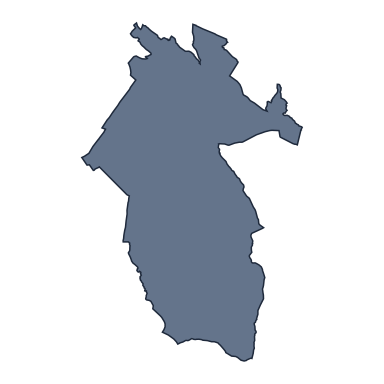 outline of Cosula, Botosani, Romania
{"feature_id": "2599482B64226184925060", "entity_name": "Cosula", "entity_type": "district", "adm_level": 2, "iso_a3": "ROU", "parent_name": "Romania", "parent_adm1": "Botosani", "projection": "equal_earth", "projection_center": [26.776, 47.6], "detail": "fine", "context": "isolated", "style": "filled", "palette": "slate", "viewbox_px": 384, "rotation_deg": 0, "n_neighbors": 0, "source": "geoboundaries", "source_scale": "gbopen_adm2", "svg_char_len": 5939}
<svg xmlns="http://www.w3.org/2000/svg" viewBox="0 0 384 384"><path d="M263.6,227.7L259.9,225.0L258.8,223.7L258.4,219.5L257.5,218.2L255.7,211.4L255.1,209.8L253.2,206.8L249.3,198.3L246.6,196.1L243.0,190.6L243.3,188.8L244.0,187.0L243.6,185.0L241.4,182.7L240.2,180.8L239.7,179.3L239.1,178.5L237.2,177.3L236.7,176.4L234.8,173.7L233.8,171.5L233.3,171.3L233.0,170.9L232.4,170.8L231.7,170.2L231.3,169.3L229.5,167.0L229.0,166.7L226.9,163.8L226.0,161.5L222.3,157.8L220.9,156.1L219.6,153.7L220.0,153.4L219.8,152.8L219.3,152.6L219.2,151.2L219.5,150.1L219.5,149.3L218.3,147.7L218.5,145.5L218.8,144.8L218.5,144.0L219.2,143.7L224.7,144.0L227.9,145.1L229.0,145.2L234.7,143.1L239.4,142.2L242.0,142.2L242.9,141.9L256.6,134.7L265.1,131.7L270.0,130.5L272.0,130.3L279.0,130.6L280.0,136.6L280.4,137.2L292.9,143.6L294.6,144.2L295.9,144.3L297.3,144.9L300.8,130.5L301.1,130.2L300.9,130.1L302.2,127.3L301.4,126.7L298.9,125.9L298.4,124.9L296.9,124.2L296.4,123.6L295.4,123.2L294.6,121.2L292.5,119.4L291.8,118.1L290.0,117.4L289.6,116.5L289.3,116.3L287.2,115.3L284.8,115.5L283.7,115.0L283.0,114.2L283.0,113.7L283.5,113.2L284.4,113.0L285.2,113.1L286.1,111.4L287.1,110.3L286.4,109.6L286.0,108.6L286.3,106.6L286.7,105.8L285.9,105.0L286.3,103.8L286.6,103.3L287.1,103.1L286.1,101.6L284.4,99.7L281.1,98.0L280.8,93.5L280.3,92.5L280.2,92.1L280.7,90.5L280.9,90.2L281.1,87.8L280.6,87.3L280.0,85.5L279.6,84.9L278.9,84.4L277.3,84.3L277.1,88.0L277.8,89.6L277.6,91.7L276.8,93.3L275.0,95.3L273.8,97.1L273.0,97.9L272.1,99.6L271.5,100.3L271.4,100.6L271.8,101.0L271.0,102.7L268.1,101.4L267.2,102.0L267.3,104.0L266.9,106.2L266.1,107.4L265.8,108.3L265.8,108.9L267.0,111.1L263.0,109.7L254.5,103.1L250.2,100.6L248.1,97.9L246.9,96.8L243.5,94.9L243.0,94.0L241.4,88.0L239.9,84.6L237.2,81.4L229.6,75.9L238.0,62.5L237.8,61.6L237.3,61.4L236.7,59.8L235.9,59.0L232.4,56.7L226.6,50.4L225.7,49.9L224.2,49.5L224.0,48.1L223.6,47.7L222.5,47.5L222.2,46.5L222.3,46.1L223.9,45.7L225.8,44.2L226.8,42.7L227.6,42.3L226.5,41.0L226.4,40.5L226.7,40.1L226.5,39.2L216.3,34.8L215.0,33.9L202.8,28.9L195.7,25.5L195.8,25.3L192.9,24.3L192.5,32.3L193.7,36.2L193.9,39.5L193.7,41.0L193.3,41.3L193.4,43.3L192.7,44.1L192.5,44.7L192.8,45.5L194.1,47.7L195.5,49.1L196.5,50.6L199.0,58.0L200.5,59.9L200.5,60.4L199.9,61.6L199.9,62.6L200.1,63.9L199.3,63.3L199.6,62.8L199.5,62.5L198.1,60.0L196.6,58.9L194.9,56.5L194.1,55.8L194.0,55.0L193.7,54.5L191.0,52.2L188.9,51.2L185.8,51.3L185.1,51.1L179.5,47.1L178.9,46.1L178.2,45.5L177.4,44.1L176.0,43.0L175.1,39.0L174.0,37.9L171.5,36.2L171.2,36.5L170.7,37.7L170.2,38.1L170.2,38.6L169.9,39.2L170.0,39.6L169.9,39.9L169.5,40.1L169.1,39.9L168.7,40.4L168.2,40.4L168.0,40.2L167.7,39.1L167.0,39.2L164.2,37.8L163.1,38.1L161.5,39.4L160.8,39.5L159.7,38.4L158.2,37.5L157.4,35.3L151.5,31.2L149.1,29.1L147.9,27.8L146.6,27.0L145.5,25.8L143.9,25.7L142.8,24.8L141.6,28.2L140.7,29.5L139.3,28.3L137.5,26.1L136.5,23.0L134.4,24.6L133.9,25.1L133.9,25.5L135.6,27.7L135.6,27.9L132.2,31.2L131.1,33.0L130.5,33.6L130.6,34.0L131.8,35.7L133.6,37.4L136.1,37.9L137.4,37.5L139.0,38.8L139.3,39.1L139.2,39.5L138.2,40.3L138.1,40.9L139.9,42.1L140.3,42.8L140.6,43.8L142.2,45.7L143.7,46.9L146.3,49.5L148.4,50.9L150.8,53.0L151.0,53.4L151.0,54.5L149.1,55.4L148.4,56.0L145.5,56.6L145.5,57.0L147.4,58.4L147.2,58.6L145.5,59.0L142.1,58.8L139.3,57.7L136.2,56.0L134.3,56.5L133.6,56.9L128.3,63.1L128.6,63.4L130.0,67.2L130.6,70.0L130.9,72.7L130.5,75.2L135.8,80.0L130.4,87.5L129.7,89.2L119.8,102.2L117.8,105.5L113.2,111.7L113.3,111.8L112.7,112.4L109.4,117.4L107.2,119.9L102.0,127.9L105.5,129.2L104.2,131.5L104.1,131.9L99.5,137.9L98.8,139.1L98.7,139.0L98.2,139.6L93.0,146.4L88.9,153.3L84.4,156.3L81.8,157.5L87.0,165.1L89.4,164.8L93.3,170.4L94.1,170.3L95.3,168.9L98.3,167.6L99.3,166.9L126.9,194.7L129.3,195.9L128.8,198.2L128.5,201.5L128.1,202.3L127.0,210.3L127.1,214.0L126.1,221.1L125.5,227.3L124.7,230.4L123.9,235.2L123.6,238.5L123.1,240.7L123.2,241.9L128.4,241.9L129.7,243.1L129.5,243.6L129.6,244.6L130.1,245.8L129.9,246.6L129.8,250.0L129.5,251.1L128.4,252.7L128.6,253.7L130.2,256.9L131.4,260.1L131.5,260.8L132.9,263.0L135.1,264.7L137.6,267.0L138.0,268.1L137.4,268.7L137.4,269.5L136.9,270.1L137.0,270.7L138.0,271.9L139.0,272.1L139.5,271.3L140.7,272.1L140.9,272.9L140.6,273.3L140.5,273.7L141.3,275.2L140.0,276.9L140.0,277.3L140.3,277.7L140.0,278.8L140.4,279.4L140.5,280.3L141.2,280.8L141.5,281.8L143.0,283.6L142.9,285.5L144.0,286.8L144.1,287.9L145.0,288.5L145.1,289.3L144.7,290.8L145.3,291.1L146.1,290.8L146.4,290.9L146.5,292.3L147.1,293.2L146.2,295.7L146.2,296.7L145.7,298.7L145.9,299.3L146.6,299.9L149.2,300.4L150.9,301.3L153.3,305.7L152.8,308.8L160.4,315.9L161.8,317.5L164.4,321.8L165.1,323.9L165.1,326.8L164.0,329.6L162.4,332.2L168.3,335.0L173.7,338.9L176.4,341.8L177.8,344.1L180.5,342.7L182.9,342.0L185.6,340.5L186.3,340.4L187.9,340.6L188.8,340.3L191.8,338.6L194.0,339.4L195.6,339.5L196.4,339.3L198.9,339.2L201.5,339.6L202.8,340.2L207.4,340.6L211.5,341.7L214.3,341.7L218.0,342.9L218.9,344.0L220.3,345.2L224.1,349.6L225.5,351.5L225.8,352.6L231.6,356.1L235.8,356.5L237.7,357.5L241.0,360.2L244.1,361.0L246.3,360.5L247.1,359.8L250.3,358.4L251.1,358.2L251.9,358.5L253.2,353.4L253.7,349.3L254.1,349.0L254.3,348.2L254.0,346.2L254.1,343.2L253.9,342.7L254.7,340.4L254.5,336.4L254.9,334.9L254.7,334.3L255.0,333.6L255.9,332.9L256.1,332.4L256.0,331.3L255.1,330.0L254.9,326.4L254.3,324.5L254.2,323.6L254.3,323.1L255.4,322.3L255.9,320.4L256.8,319.5L256.6,318.7L257.1,316.8L257.9,314.3L257.9,310.6L260.3,305.1L263.5,298.8L263.4,295.1L263.0,292.9L262.5,289.0L263.1,287.1L263.5,285.3L264.1,279.7L264.8,277.6L263.2,272.4L262.6,270.8L262.4,269.3L261.3,266.9L259.1,265.0L256.5,263.5L255.1,262.9L253.0,263.0L252.1,262.8L251.3,261.7L251.4,260.7L251.0,259.4L249.8,257.7L249.3,256.4L249.4,255.4L251.8,252.3L251.4,250.3L251.3,247.6L251.4,247.0L252.4,245.2L252.3,243.8L252.6,243.8L252.7,243.6L252.5,242.4L252.8,241.0L251.1,237.2L250.9,236.1L250.9,235.3L251.5,233.7L252.0,233.2L262.0,228.6L263.6,227.7Z" fill="#64748b" stroke="#1e293b" stroke-width="1.5"/></svg>